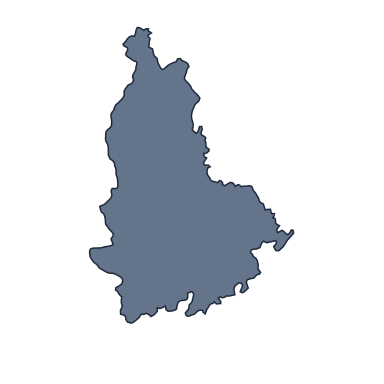 Abadia dos Dourados, Minas Gerais, Brazil, rotated 197°
{"feature_id": "56859067B68751395619668", "entity_name": "Abadia dos Dourados", "entity_type": "district", "adm_level": 2, "iso_a3": "BRA", "parent_name": "Brazil", "parent_adm1": "Minas Gerais", "projection": "robinson", "projection_center": [-47.46, -18.373], "detail": "fine", "context": "isolated", "style": "filled", "palette": "slate", "viewbox_px": 384, "rotation_deg": 197, "n_neighbors": 0, "source": "geoboundaries", "source_scale": "gbopen_adm2", "svg_char_len": 5164}
<svg xmlns="http://www.w3.org/2000/svg" viewBox="0 0 384 384"><g transform="rotate(197 192 192)"><path d="M224.5,54.2L221.0,54.4L219.0,53.3L218.2,51.2L216.9,49.7L215.4,48.7L211.6,48.9L210.0,50.2L207.2,54.2L206.0,56.3L204.6,60.6L202.6,60.7L199.8,62.8L196.5,61.8L194.8,60.9L192.1,63.8L190.3,67.9L191.4,71.4L189.0,71.1L186.6,72.6L184.2,75.2L182.4,71.9L180.2,71.0L177.0,72.1L174.2,73.7L172.6,75.4L173.1,79.2L173.0,82.3L171.5,84.6L166.7,86.7L165.4,88.0L165.3,90.3L166.6,93.9L163.0,96.8L160.4,94.7L159.9,87.7L160.4,85.2L161.6,83.6L161.0,79.0L163.0,74.5L162.1,72.7L160.1,71.8L157.7,72.9L156.5,74.4L154.7,75.2L153.4,76.7L152.0,79.6L149.7,81.5L147.3,81.9L146.3,80.3L143.8,79.2L143.5,83.9L141.7,90.1L139.4,91.6L138.4,93.5L136.0,92.1L134.0,92.9L131.9,93.7L132.4,95.5L134.0,97.1L135.9,98.1L134.6,99.9L132.1,99.7L130.1,100.8L128.5,102.7L125.7,103.5L124.3,104.4L120.9,106.3L123.0,110.0L123.6,112.0L123.5,114.5L120.8,118.8L117.7,119.1L116.2,117.0L116.8,110.7L114.6,110.3L113.0,111.6L111.6,114.0L110.1,116.6L111.3,118.2L113.8,121.8L113.5,124.2L110.4,126.4L107.7,127.7L106.4,130.6L105.2,132.3L103.5,133.1L102.9,135.1L106.4,137.9L107.5,141.9L109.2,145.0L110.7,146.7L112.7,147.8L114.4,148.1L115.9,150.0L118.4,151.4L118.5,153.6L116.3,155.5L114.0,156.1L112.5,157.4L110.8,158.6L110.5,163.2L109.2,165.9L105.7,165.3L103.0,166.9L97.7,169.9L96.4,168.5L96.7,166.3L98.0,163.8L95.8,161.4L94.2,160.4L91.6,161.5L88.8,166.4L88.0,168.9L86.8,173.7L82.8,182.1L84.1,185.0L85.9,184.7L86.6,181.2L88.4,179.1L90.7,179.9L92.5,181.1L94.8,181.7L96.4,180.0L98.3,178.2L100.0,180.6L99.2,183.3L98.5,185.4L100.6,185.6L103.1,186.8L103.8,189.3L104.9,191.0L107.1,190.9L106.6,193.0L106.8,195.4L109.6,194.7L110.8,196.3L111.9,198.4L114.6,197.5L116.7,196.3L118.4,198.7L120.3,201.4L122.7,201.8L124.4,202.5L125.6,204.0L126.9,206.0L128.7,207.4L130.1,208.9L132.2,210.4L134.4,211.9L135.7,214.2L137.6,215.0L139.5,214.5L141.7,213.5L144.3,212.7L146.5,211.5L148.4,212.5L150.4,212.4L152.3,210.0L154.4,212.0L156.1,212.7L158.2,212.3L160.5,210.0L162.4,207.7L164.8,207.8L165.4,209.8L167.1,210.9L169.0,211.1L170.1,208.5L173.2,208.4L175.9,208.3L178.0,208.9L179.1,210.8L181.2,212.0L183.1,214.4L184.1,217.7L183.8,219.7L182.0,221.4L184.4,222.5L186.4,221.7L188.3,221.7L189.6,223.4L188.6,226.6L187.9,228.8L189.9,229.2L191.7,230.6L192.1,232.5L190.4,232.7L189.0,234.1L187.7,236.5L188.6,238.2L191.2,238.7L192.6,241.1L193.1,243.1L194.6,244.8L194.7,247.9L196.6,248.8L198.6,249.1L200.1,249.9L200.7,252.0L200.5,254.8L201.9,257.5L204.0,256.7L203.8,254.0L204.0,251.1L205.3,249.3L207.9,250.5L210.1,251.8L209.9,254.1L210.5,256.6L211.6,258.8L213.1,261.0L214.7,264.1L215.2,267.2L215.4,270.6L215.0,273.3L214.8,275.8L214.1,277.7L213.1,279.3L212.0,281.3L211.9,284.1L213.8,285.5L215.4,286.6L217.1,287.4L218.8,288.2L220.5,289.4L222.5,290.5L224.2,292.7L226.8,294.6L229.0,295.8L231.0,296.9L232.5,298.1L232.6,301.8L232.3,304.7L232.7,307.0L232.3,309.1L231.6,311.2L233.6,313.5L235.9,314.3L237.9,314.5L240.2,314.9L242.1,316.2L244.6,315.2L245.3,311.9L248.0,309.9L250.0,308.3L252.0,305.9L253.5,303.6L254.4,302.0L255.9,300.5L258.2,301.3L260.0,303.2L262.1,305.3L263.4,307.4L264.3,309.5L266.1,310.2L267.9,311.3L269.4,313.3L270.4,315.2L271.7,317.4L273.8,317.6L275.6,317.9L276.2,320.8L276.8,322.7L276.9,326.3L278.4,327.3L280.0,328.7L278.8,330.5L277.3,332.2L279.0,332.8L280.9,333.1L281.3,335.3L283.7,334.6L285.5,332.6L287.6,333.2L290.3,333.8L292.5,333.2L292.8,330.2L292.4,327.2L292.6,324.2L295.1,323.7L297.3,322.0L298.5,319.7L299.5,316.5L301.2,313.3L299.8,311.8L297.9,311.5L295.7,311.0L295.0,308.4L295.7,306.1L295.6,304.0L293.7,302.7L290.9,301.9L288.6,301.2L286.3,300.4L283.4,300.4L282.2,298.9L282.2,296.4L281.9,294.4L281.5,292.5L282.1,289.7L282.7,286.9L282.5,284.6L280.9,282.7L280.6,279.5L282.2,277.4L284.3,275.7L285.1,273.5L285.9,271.1L286.4,268.7L285.5,266.0L285.1,263.6L285.8,261.2L287.2,258.5L288.5,255.9L290.3,253.1L290.8,250.1L290.9,246.8L291.8,244.6L292.2,242.7L291.6,240.7L290.3,238.0L289.2,235.5L288.6,233.0L288.6,230.4L289.6,228.8L290.9,226.9L291.8,224.6L291.5,222.6L290.9,220.4L290.3,217.6L289.1,215.3L286.8,213.2L285.1,210.3L284.3,207.6L283.5,205.4L282.9,203.0L281.5,201.4L279.8,199.5L277.2,198.9L274.8,197.1L273.7,194.7L271.9,192.4L270.6,189.7L270.0,187.0L268.5,185.0L267.2,183.0L266.5,181.1L265.6,178.9L264.6,176.0L264.8,173.9L266.5,172.7L269.4,172.1L269.7,169.6L268.6,167.3L267.6,165.2L267.8,162.5L269.0,160.1L270.5,157.5L271.6,155.4L273.0,153.7L274.4,152.7L276.0,151.2L274.6,148.8L272.7,146.3L270.0,145.3L268.1,142.9L266.7,140.0L265.9,137.7L265.0,135.7L263.1,134.5L261.6,133.2L259.7,131.8L257.0,130.4L254.9,128.8L254.7,126.5L255.7,123.9L254.8,122.1L253.3,120.6L252.3,118.3L254.4,116.6L256.5,115.4L259.0,114.3L261.0,113.0L263.5,111.6L265.8,110.9L268.5,110.0L270.9,109.1L272.4,107.8L272.7,105.7L271.8,103.1L270.6,100.5L268.7,98.6L266.9,97.2L265.4,96.2L263.8,95.5L261.8,94.8L259.6,93.1L257.9,92.1L255.6,91.5L253.2,91.0L250.6,90.4L248.1,90.2L246.2,90.5L243.9,91.1L241.1,91.1L239.1,90.6L236.5,90.1L233.4,88.8L232.2,86.3L232.2,84.1L233.2,82.2L234.9,80.2L236.8,78.4L236.5,75.8L234.0,75.2L232.6,73.5L230.6,72.2L228.4,71.1L228.2,68.8L227.6,66.6L226.8,64.6L225.2,62.7L225.4,60.6L225.8,57.7L224.5,54.2Z" fill="#64748b" stroke="#1e293b" stroke-width="1.5"/></g></svg>